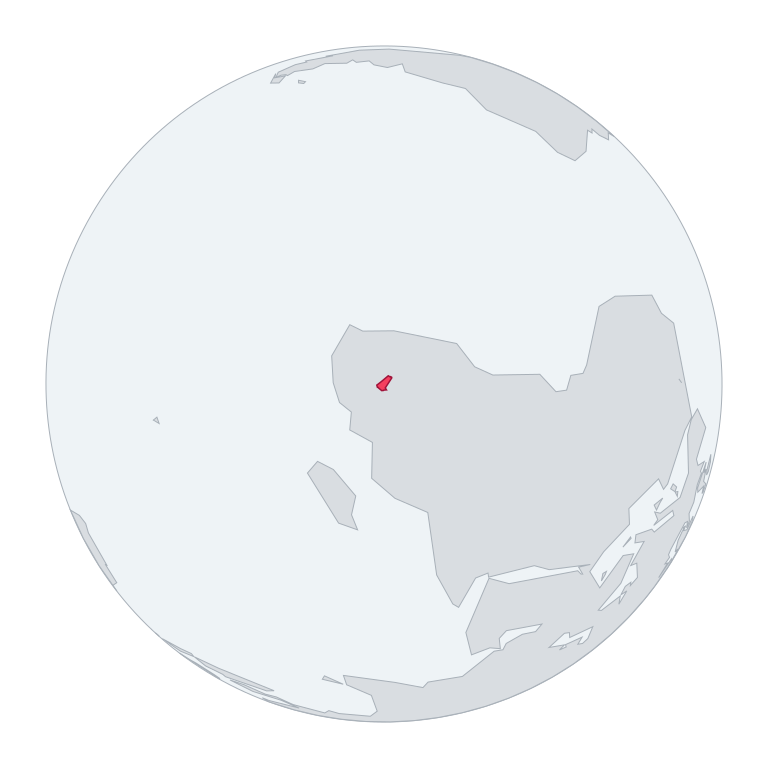 the Earth from above Kweneng, rotated 123°
{"feature_id": "BWA-2647", "entity_name": "Kweneng", "entity_type": "District", "adm_level": 1, "iso_a3": "BWA", "parent_name": "Botswana", "parent_adm1": "", "projection": "orthographic", "projection_center": [24.77, -23.86], "detail": "fine", "context": "on_globe", "style": "filled", "palette": "rose", "viewbox_px": 768, "rotation_deg": 123, "n_neighbors": 0, "source": "natural_earth", "source_scale": "10m", "svg_char_len": 4795}
<svg xmlns="http://www.w3.org/2000/svg" viewBox="0 0 768 768"><g transform="rotate(123 384 384)"><circle cx="384" cy="384" r="338" fill="#eef3f6" stroke="#a8b0b8"/><path d="M51.1,325.9L51.3,332.7L56.9,328.6L58.1,338.7L56.9,348.5L60.2,346.2L60.3,351.5L78.8,341.3L92.7,345.4L95.2,364.6L89.5,394.3L98.3,447.3L91.8,476.6L99.5,498.5L110.7,536.2L105.5,543.0L116.7,553.5L121.8,566.2L121.1,572.4L129.3,582.4L129.2,586.8L135.2,589.9L147.5,608.1L158.5,615.3L170.6,629.2L177.9,632.9L177.9,634.7L181.1,638.5L185.6,641.6L180.1,642.5L164.5,632.3L156.1,624.2L155.8,625.7L136.5,605.5L140.9,611.4L117.5,586.5L100.4,562.2L67.1,499.5L63.4,490.4L63.0,489.5L56.4,466.7L51.4,443.6L48.0,420.2L46.3,396.6L46.3,372.9L47.9,349.3L51.1,325.9ZM193.4,643.0L182.6,643.8L186.8,642.5L179.3,634.5L188.7,636.0L193.4,643.0ZM175.8,621.1L173.2,614.5L175.7,615.0L178.0,619.7L175.8,621.1ZM407.1,46.9L415.6,47.7L414.5,47.5L421.2,48.2L422.4,48.3L446.4,51.9L470.1,57.2L493.4,64.3L516.0,72.9L538.1,83.2L559.3,95.1L579.6,108.4L598.9,123.2L617.0,139.3L634.0,156.7L649.7,175.2L664.0,194.8L676.9,215.4L688.2,236.9L698.0,259.1L706.2,282.0L712.7,305.4L713.4,308.5L713.4,315.2L712.1,308.1L702.0,278.7L705.3,298.2L713.2,326.4L716.1,352.0L712.4,337.5L708.8,314.8L705.1,303.8L702.4,285.8L692.1,254.5L688.0,252.4L684.8,242.1L670.1,214.5L662.1,211.5L652.0,225.0L656.6,251.5L650.5,259.3L628.3,212.3L617.4,186.0L610.0,184.7L586.6,159.0L548.1,146.1L542.1,139.5L535.0,140.2L518.5,131.6L509.1,122.0L499.3,120.8L524.2,147.0L534.6,148.8L542.6,142.3L547.6,151.5L563.5,163.1L547.8,180.0L489.8,190.1L483.3,170.3L435.1,119.8L436.1,115.2L435.8,114.7L435.2,113.8L431.6,121.0L423.0,112.7L449.7,144.3L454.5,159.0L489.0,191.1L485.9,193.8L496.8,201.5L530.7,199.8L531.0,206.5L515.5,235.8L467.9,277.3L473.9,312.5L469.8,343.0L439.3,361.9L441.2,387.7L425.3,396.1L423.8,411.2L410.6,427.3L388.9,443.2L352.9,445.0L351.2,430.6L334.0,404.7L310.5,345.1L320.2,317.3L317.2,297.6L291.0,258.6L296.8,235.6L289.7,227.5L275.0,232.0L266.7,222.9L257.7,224.4L201.8,245.9L184.5,238.0L163.6,207.8L173.6,189.8L175.2,174.2L244.0,108.0L258.8,106.4L313.3,91.7L320.1,92.2L314.0,102.1L355.1,110.8L368.0,101.7L405.0,108.4L429.3,109.2L437.5,92.0L397.6,90.0L390.4,82.1L422.2,76.8L457.0,81.1L455.4,78.3L433.1,70.4L440.8,67.1L425.3,67.7L431.8,70.5L422.3,71.4L415.8,69.0L418.8,67.6L408.2,66.1L396.6,74.4L401.9,78.2L374.4,80.1L380.6,87.0L373.2,90.6L359.9,80.4L361.0,76.7L336.5,69.2L332.8,73.0L355.7,80.8L348.7,80.5L343.9,87.3L341.9,81.9L317.9,73.9L292.9,80.1L261.3,101.7L246.6,106.9L234.1,107.6L245.3,90.4L276.9,81.0L281.3,76.3L274.6,73.2L284.8,71.1L285.9,69.2L297.9,66.4L314.4,59.8L326.5,57.6L332.7,53.2L339.8,51.9L334.0,54.6L336.5,56.0L366.5,53.4L372.2,52.4L373.9,50.1L381.9,50.4L379.7,48.6L396.8,48.2L374.1,47.7L375.4,46.6L385.6,46.1L381.9,46.1L365.4,47.1L362.4,47.8L366.4,48.3L354.9,52.2L344.6,53.7L341.3,50.6L326.4,52.9L330.3,50.8L347.9,48.0L377.5,46.1L407.1,46.9ZM220.9,135.0L219.1,139.5L220.9,135.0ZM494.8,96.9L515.1,102.1L504.5,90.6L511.5,92.0L505.3,88.0L503.7,89.8L488.4,80.0L496.7,79.7L493.5,76.2L486.5,74.4L473.8,76.7L495.5,90.2L491.5,93.1L494.8,96.9ZM280.7,64.4L284.7,63.9L280.2,66.3L264.9,71.6L271.3,67.9L280.7,64.4ZM291.6,62.9L292.5,59.7L302.0,57.2L296.5,59.0L302.8,57.6L295.6,60.3L303.8,61.9L300.3,64.4L274.0,71.3L284.5,67.3L279.8,67.6L291.6,62.9ZM327.8,88.1L333.1,87.9L341.3,86.8L338.4,91.5L327.8,88.1ZM311.0,82.5L315.8,81.3L315.8,86.5L310.3,87.1L311.0,82.5ZM318.5,76.8L316.1,80.9L314.1,79.0L318.5,76.8ZM338.5,53.8L343.5,53.0L344.1,53.5L341.2,54.6L338.5,53.8ZM430.8,94.4L423.7,97.2L420.0,95.4L423.2,94.7L430.8,94.4ZM378.9,92.7L390.7,94.8L378.0,93.9L378.9,92.7ZM539.6,551.1L539.9,557.8L535.5,556.4L539.6,551.1ZM525.4,346.3L500.4,399.7L485.1,397.6L483.3,379.9L493.3,346.7L511.4,340.0L520.7,326.7L525.4,346.3ZM716.3,445.6L716.3,445.2L716.3,445.5L716.3,445.6ZM717.2,440.3L717.5,437.2L718.0,434.9L717.3,439.5L717.2,440.3ZM718.3,431.2L716.7,410.4L715.0,398.7L716.2,395.1L718.9,409.3L718.3,431.2ZM716.1,394.4L712.4,367.5L701.1,309.1L705.3,315.3L715.8,357.5L715.3,361.0L717.6,380.0L716.1,394.4ZM721.2,405.6L721.0,408.9L720.9,396.3L720.4,389.0L720.2,367.9L720.4,361.0L721.1,365.4L721.1,360.9L721.2,405.6ZM658.0,254.7L665.2,274.9L661.2,275.0L658.0,254.7ZM660.5,578.3L660.1,567.9L663.5,558.2L669.9,550.8L687.3,517.0L686.9,519.8L696.2,499.9L700.4,501.7L703.1,495.3L691.4,524.3L677.2,552.0L660.5,578.3Z" fill="#d9dde1" stroke="#a8b0b8" stroke-width="1"/><path d="M386.6,380.8L387.6,378.7L389.2,380.8L389.3,380.8L389.8,381.0L390.0,381.3L390.8,382.3L390.4,385.9L390.2,386.8L390.1,387.1L390.0,387.4L390.0,387.6L390.3,387.8L389.7,388.5L388.9,389.4L388.5,389.4L388.4,389.3L387.7,389.0L384.2,387.8L383.3,387.5L374.8,384.9L374.7,382.8L374.6,382.3L374.3,382.3L374.2,382.3L374.2,381.7L374.2,381.4L374.3,381.4L374.5,381.4L374.7,380.8L386.6,380.8Z" fill="#f43f5e" stroke="#9f1239" stroke-width="1.5"/></g></svg>